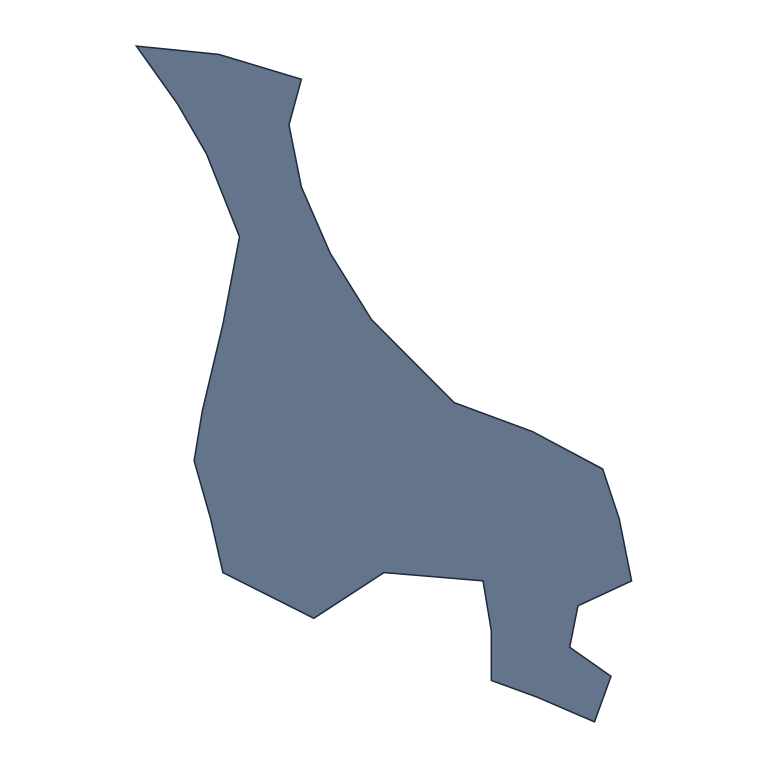 the district of Kato Deftera, Nicosia, Cyprus
{"feature_id": "46923920B64183754779515", "entity_name": "Kato Deftera", "entity_type": "district", "adm_level": 2, "iso_a3": "CYP", "parent_name": "Cyprus", "parent_adm1": "Nicosia", "projection": "orthographic", "projection_center": [33.288, 35.095], "detail": "fine", "context": "isolated", "style": "filled", "palette": "slate", "viewbox_px": 768, "rotation_deg": 0, "n_neighbors": 0, "source": "geoboundaries", "source_scale": "gbopen_adm2", "svg_char_len": 501}
<svg xmlns="http://www.w3.org/2000/svg" viewBox="0 0 768 768"><path d="M631.6,580.9L619.2,518.7L602.7,469.0L532.5,431.6L454.1,402.6L371.6,319.7L330.3,253.4L301.4,187.0L289.0,124.9L301.4,79.3L218.9,54.4L136.4,46.1L177.6,104.1L206.5,153.9L239.5,236.8L223.0,323.8L202.3,410.9L194.1,460.7L210.6,518.7L222.9,572.6L313.8,618.3L383.9,572.6L483.0,580.9L491.3,630.7L491.3,680.5L536.7,697.0L594.5,721.9L611.0,676.3L569.7,647.3L578.0,605.8L631.6,580.9Z" fill="#64748b" stroke="#1e293b" stroke-width="1.5"/></svg>